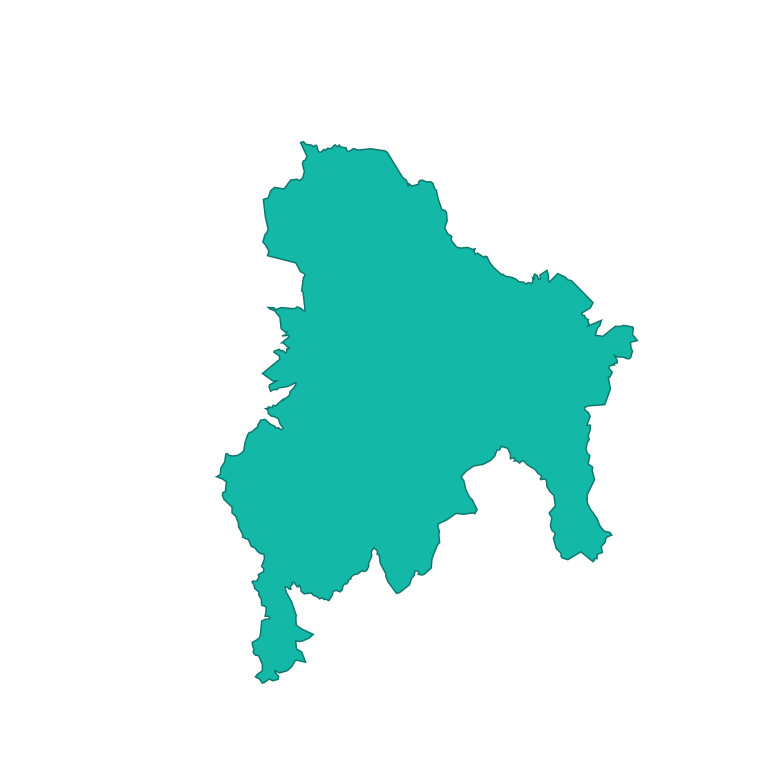 Tetela de Ocampo, Puebla, Mexico, rotated 153°
{"feature_id": "50627088B39259384142241", "entity_name": "Tetela de Ocampo", "entity_type": "district", "adm_level": 2, "iso_a3": "MEX", "parent_name": "Mexico", "parent_adm1": "Puebla", "projection": "natural_earth1", "projection_center": [-97.768, 19.812], "detail": "fine", "context": "isolated", "style": "filled", "palette": "teal", "viewbox_px": 768, "rotation_deg": 153, "n_neighbors": 0, "source": "geoboundaries", "source_scale": "gbopen_adm2", "svg_char_len": 6171}
<svg xmlns="http://www.w3.org/2000/svg" viewBox="0 0 768 768"><g transform="rotate(153 384 384)"><path d="M250.7,543.1L254.4,544.8L257.5,548.4L259.1,549.0L261.4,548.3L262.6,546.3L269.2,547.7L270.9,551.2L272.4,549.8L271.6,555.5L273.6,559.3L275.9,588.8L277.3,591.3L289.0,599.6L301.0,604.2L304.2,607.6L310.2,607.1L310.9,608.3L310.7,611.7L314.8,614.6L315.4,617.2L318.1,616.7L319.1,619.4L324.5,617.7L327.3,619.7L330.2,618.7L331.1,620.4L335.0,619.1L336.9,620.8L335.8,627.3L337.2,627.9L339.0,627.1L339.9,629.5L345.0,633.3L345.6,636.3L348.7,637.1L349.3,621.7L352.8,619.1L354.5,619.4L356.7,617.4L358.5,609.4L363.1,604.4L366.7,603.5L368.7,606.0L374.6,608.1L384.5,603.1L392.1,608.8L397.2,607.7L402.6,602.4L407.7,603.2L413.9,586.6L416.9,574.6L419.6,572.0L422.0,571.3L427.4,565.6L426.4,561.7L426.2,554.6L429.5,551.2L407.6,532.0L407.4,522.1L404.7,518.0L405.2,516.7L407.5,515.3L415.1,504.4L414.5,502.4L421.1,484.9L422.3,485.6L423.7,489.2L426.4,492.2L429.6,491.7L441.0,498.8L446.5,499.3L447.6,502.0L452.4,504.7L451.5,502.5L448.1,499.0L446.5,490.5L450.5,480.2L448.5,475.1L446.9,474.6L449.2,472.5L453.1,473.1L446.8,470.6L447.2,469.1L456.4,467.1L455.2,466.5L452.2,458.8L454.8,459.3L455.8,457.1L457.7,456.3L458.9,459.7L460.9,460.4L461.6,462.5L467.0,463.1L467.7,462.3L464.5,456.9L465.6,453.4L487.5,448.5L481.8,437.3L478.2,435.4L486.3,435.2L487.6,433.8L488.4,429.0L485.3,429.2L481.6,427.6L479.6,428.3L470.9,425.5L462.1,425.2L462.2,424.0L466.1,421.4L471.1,419.9L473.5,416.8L477.8,415.9L481.4,416.2L481.3,415.3L483.6,415.6L490.6,413.7L492.3,415.4L494.4,413.8L497.4,416.0L497.6,414.7L500.6,415.8L499.2,413.2L500.5,410.4L499.0,406.5L496.3,404.6L494.0,401.1L494.7,395.5L493.8,390.3L494.6,389.9L496.8,390.2L497.7,392.7L500.5,393.9L500.4,395.6L503.8,400.4L506.0,406.4L510.3,407.8L515.2,404.6L516.0,403.2L523.7,401.4L526.1,401.9L528.5,400.7L534.6,394.7L539.2,388.3L541.5,387.3L546.4,386.8L551.3,388.4L554.2,390.5L555.5,393.4L556.7,393.4L561.2,387.0L567.4,383.3L570.3,378.6L571.8,377.5L575.3,377.4L570.9,372.5L568.8,368.3L573.2,361.9L573.4,360.4L576.9,360.4L578.5,358.3L579.0,354.0L575.3,343.3L578.0,338.1L576.2,334.0L576.8,326.3L578.4,323.0L578.2,314.7L579.5,311.6L575.4,306.8L576.0,299.7L573.5,296.9L572.6,292.0L571.0,289.0L568.2,286.7L570.0,282.4L575.9,277.0L574.9,273.9L576.9,271.4L582.6,271.3L583.1,268.5L587.3,266.1L590.1,267.9L591.4,267.5L591.1,263.5L592.1,260.7L589.9,255.4L591.3,253.1L591.1,247.7L593.4,242.5L590.4,239.3L591.4,236.2L595.4,231.0L592.3,229.4L591.9,227.7L593.5,226.9L596.5,228.3L600.5,228.3L608.5,216.0L610.9,214.0L618.8,213.5L619.9,210.7L620.3,206.3L622.0,205.2L622.4,203.1L621.7,200.8L619.0,198.8L619.7,189.1L622.8,183.6L628.3,182.9L631.5,181.4L628.7,177.3L628.4,172.9L626.7,172.3L620.3,173.2L617.7,170.0L612.4,169.0L610.6,171.4L611.9,176.5L611.3,178.2L608.4,174.0L600.2,172.5L594.6,174.0L589.0,177.7L586.8,177.3L580.2,171.7L579.0,182.6L582.3,187.7L579.2,195.3L576.3,192.9L572.8,192.0L566.4,191.6L560.7,193.0L568.4,202.9L571.7,208.8L568.6,216.1L567.3,217.3L565.2,231.7L565.6,243.1L564.2,248.1L562.2,246.8L561.7,244.5L560.1,243.4L559.3,246.2L556.3,247.3L556.3,248.6L554.2,248.2L553.5,242.8L552.6,242.2L550.8,243.4L551.0,238.8L552.0,237.0L550.4,233.3L543.6,230.8L543.0,227.9L540.4,225.2L538.9,221.8L536.3,221.7L535.3,219.2L533.6,218.7L531.5,216.0L525.9,219.4L523.5,222.2L520.6,222.0L517.3,218.7L514.6,219.6L512.8,222.1L509.8,224.0L508.5,222.8L505.4,224.1L504.9,225.6L502.1,225.4L500.6,227.1L497.7,227.8L493.6,226.7L488.1,227.7L487.2,226.2L484.3,225.6L480.5,228.3L479.1,231.2L473.0,236.3L471.4,240.5L467.2,242.7L465.7,237.9L467.4,235.5L465.9,233.8L468.7,226.1L468.5,213.8L469.7,212.0L470.2,205.8L467.9,191.7L464.9,191.1L452.6,193.5L447.5,198.5L444.0,199.7L441.3,203.3L439.1,202.4L438.5,199.8L439.8,198.8L436.9,196.6L434.2,196.2L425.5,198.6L420.5,206.6L409.6,216.3L406.4,217.5L403.5,225.1L401.7,227.0L400.6,232.9L399.1,234.7L390.0,234.4L378.5,236.0L372.2,231.8L363.5,228.9L362.0,227.2L358.1,229.7L357.9,240.6L359.3,244.4L359.0,252.8L356.8,261.5L357.6,266.2L350.4,269.1L341.3,270.2L331.9,267.4L324.1,267.5L318.2,269.4L313.6,273.6L310.6,272.9L307.9,275.2L303.1,270.8L303.1,264.3L305.3,260.0L301.4,259.0L301.1,257.7L303.0,256.3L300.5,255.4L299.1,252.0L295.6,252.8L294.1,251.1L293.1,247.2L288.1,239.0L287.5,234.7L285.6,231.4L285.6,229.9L287.8,228.7L287.8,227.7L283.9,226.4L283.0,224.5L285.4,218.9L285.0,213.0L283.2,207.6L286.6,197.6L295.0,194.3L295.6,193.2L295.1,188.8L300.3,181.7L300.8,177.4L299.1,173.2L303.1,169.6L305.2,159.3L303.0,152.7L304.5,150.1L304.2,148.1L299.9,144.0L284.7,145.1L278.5,130.9L276.9,131.2L276.0,132.8L273.4,131.7L271.4,135.5L266.0,134.7L264.3,140.4L258.8,142.6L256.4,145.7L254.4,146.4L249.6,146.0L250.2,149.2L254.7,153.1L256.0,159.1L255.3,167.8L257.1,179.8L256.7,186.3L253.3,193.0L239.7,203.3L237.9,212.1L235.9,215.3L238.4,220.2L233.1,226.7L234.3,229.9L233.5,234.4L229.8,239.3L226.3,241.3L225.9,244.7L220.5,250.2L218.8,253.6L221.9,255.2L215.0,261.6L214.9,265.8L216.9,270.0L216.0,271.9L212.3,271.9L196.7,265.4L184.6,276.6L181.0,288.3L179.6,287.5L175.3,290.9L176.4,295.3L175.8,297.0L174.4,297.7L170.2,296.5L170.6,297.2L168.8,297.9L167.7,296.9L166.2,297.3L165.5,299.7L165.7,304.6L163.7,302.1L158.5,299.3L155.9,296.1L153.8,295.2L152.3,295.5L147.7,300.4L147.5,304.1L145.5,309.3L138.5,307.7L140.1,315.4L136.5,320.4L136.5,321.8L143.9,327.5L147.3,327.9L151.6,330.4L167.3,327.1L173.6,331.5L168.9,336.5L165.2,338.2L161.3,342.0L176.0,343.0L174.1,344.2L173.6,348.1L172.7,348.4L174.8,351.9L174.0,353.6L175.8,355.3L175.9,357.4L165.5,358.2L160.8,361.6L170.1,391.0L173.1,393.5L173.8,396.6L179.1,403.6L190.4,399.7L190.5,401.5L188.3,405.7L187.2,411.3L195.5,410.3L197.1,406.4L198.6,406.6L198.4,411.3L199.8,413.5L201.7,412.1L202.5,409.6L203.5,411.1L204.0,408.9L206.7,406.3L209.3,408.9L212.2,408.6L213.6,411.6L217.1,413.6L219.2,418.0L221.9,421.2L226.8,424.8L228.3,427.9L229.6,428.0L233.5,438.2L234.7,444.9L234.4,450.5L235.9,452.0L237.3,451.2L241.2,458.1L243.2,458.0L243.6,458.9L243.7,461.3L241.5,463.1L244.0,463.7L247.4,467.7L253.7,470.1L257.1,472.9L258.7,480.5L258.4,482.8L256.6,484.7L259.0,488.7L259.2,495.4L253.6,500.8L250.5,508.3L250.8,510.9L253.2,513.1L251.8,523.9L249.4,532.9L250.2,534.9L249.3,540.8L250.7,543.1Z" fill="#14b8a6" stroke="#0f766e" stroke-width="1.5"/></g></svg>